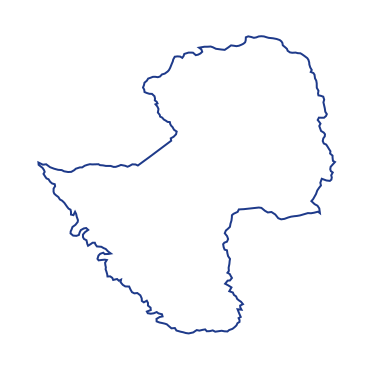 the district of Itapuranga, Goiás, Brazil, rotated 80°
{"feature_id": "56859067B45624667029655", "entity_name": "Itapuranga", "entity_type": "district", "adm_level": 2, "iso_a3": "BRA", "parent_name": "Brazil", "parent_adm1": "Goiás", "projection": "robinson", "projection_center": [-49.942, -15.57], "detail": "fine", "context": "isolated", "style": "outline", "palette": "blue", "viewbox_px": 384, "rotation_deg": 80, "n_neighbors": 0, "source": "geoboundaries", "source_scale": "gbopen_adm2", "svg_char_len": 5117}
<svg xmlns="http://www.w3.org/2000/svg" viewBox="0 0 384 384"><g transform="rotate(80 192 192)"><path d="M233.8,101.7L233.5,98.7L233.6,95.4L233.8,92.7L233.8,89.7L232.9,81.5L233.6,78.5L233.6,75.4L233.3,71.3L235.0,69.7L232.4,69.6L230.3,69.5L227.3,70.8L225.2,73.4L221.7,76.0L220.0,73.9L215.5,70.2L212.3,68.4L209.9,66.1L208.0,63.9L205.2,64.0L201.5,61.9L204.0,57.6L205.0,54.3L204.0,52.6L201.9,51.8L199.7,52.0L197.2,50.0L195.6,51.6L193.6,51.9L191.3,51.1L190.0,49.5L187.3,46.0L185.8,47.8L182.6,47.6L180.6,47.3L178.1,49.3L175.9,48.6L173.8,49.5L170.9,50.6L168.6,51.6L167.1,53.8L164.5,54.4L162.0,53.4L160.3,51.6L158.2,51.0L156.4,51.9L154.3,54.3L149.1,55.2L147.0,53.6L145.3,54.4L142.9,55.7L140.8,54.1L141.3,51.8L141.8,49.1L140.4,46.8L138.7,45.7L136.1,46.8L132.7,46.7L130.6,46.8L126.5,47.0L124.0,45.8L120.9,46.2L119.6,48.5L118.8,50.7L117.0,50.8L114.2,49.9L111.1,51.0L109.0,50.7L106.6,50.3L103.9,50.3L101.5,51.1L97.7,51.0L95.9,51.8L94.4,54.2L92.6,52.9L89.9,53.9L86.8,54.3L84.7,54.1L82.1,54.4L80.2,55.2L77.6,57.6L75.5,59.7L74.2,61.2L73.7,63.6L72.7,65.7L72.3,69.1L71.5,71.3L69.5,73.3L67.6,73.6L66.0,74.8L63.3,77.1L60.9,77.1L59.2,77.8L57.6,79.2L56.0,82.1L54.7,85.5L53.5,89.7L52.6,91.6L51.3,94.1L50.6,96.8L50.4,99.3L50.9,101.9L50.9,104.3L49.6,106.8L48.5,109.6L49.0,112.1L52.0,112.8L53.8,113.7L54.9,115.6L55.5,117.6L56.1,120.3L56.1,122.9L55.3,125.2L54.4,128.1L56.0,131.3L57.7,135.1L56.7,138.6L55.1,143.6L53.1,146.3L52.0,148.3L51.5,152.4L51.1,154.7L51.1,160.0L53.2,158.0L55.7,157.6L57.0,159.6L57.8,162.1L57.9,164.5L55.0,166.8L54.5,168.9L54.1,171.1L54.7,175.6L56.8,176.8L58.2,178.3L56.6,180.1L55.9,182.8L55.8,185.5L58.3,187.5L60.0,188.2L62.3,189.7L66.0,192.0L67.9,193.5L69.1,195.0L70.7,198.3L71.0,201.2L72.7,203.4L73.0,205.7L72.1,208.4L71.8,210.6L72.2,212.5L72.7,215.5L74.6,217.2L76.1,219.8L78.5,220.8L80.6,222.1L82.8,221.3L85.3,221.4L86.6,219.4L87.9,216.9L88.4,214.4L91.2,212.3L93.5,212.2L95.3,212.7L97.0,211.1L98.8,210.6L99.3,212.7L101.7,211.3L104.4,210.6L107.8,211.8L110.3,210.4L112.2,210.3L113.6,208.4L115.7,207.2L117.1,205.5L118.7,203.9L119.3,201.7L121.5,201.6L123.1,201.0L124.7,199.9L127.6,198.9L129.8,196.6L132.4,197.7L134.4,200.5L135.5,203.6L137.9,203.6L150.2,227.9L152.5,232.6L156.5,240.7L155.1,242.8L154.4,246.0L155.5,249.2L155.9,251.1L154.5,253.4L153.0,257.3L153.5,259.4L154.0,262.6L153.7,264.8L152.2,267.6L151.4,272.2L150.3,275.1L149.6,277.9L148.4,279.3L147.5,285.5L146.9,287.7L147.1,290.5L147.5,293.1L148.7,295.9L148.3,298.1L148.9,302.4L150.0,304.1L151.2,307.4L150.8,310.6L149.4,314.4L147.8,316.5L146.9,320.0L145.1,323.8L142.9,327.5L139.4,330.8L139.2,334.1L138.0,335.8L136.3,338.1L138.6,338.3L142.3,335.0L144.8,333.9L146.6,333.6L148.4,335.1L150.1,334.4L151.8,333.7L153.4,332.9L154.5,331.1L157.3,329.9L159.3,328.3L160.5,325.8L162.5,325.8L164.6,327.7L167.7,328.3L169.6,328.0L171.5,326.6L173.7,324.5L176.4,323.4L178.0,321.4L180.5,319.6L185.0,317.5L187.0,316.4L188.3,314.7L190.5,314.6L193.2,315.1L194.2,312.8L191.2,310.6L193.6,309.9L196.4,309.8L199.9,309.2L201.7,309.8L204.1,312.5L205.7,315.8L208.0,317.1L209.7,318.3L211.7,318.8L214.3,316.6L215.1,313.5L214.7,310.9L212.2,309.6L210.2,308.1L209.1,304.9L209.1,302.5L211.3,300.8L213.0,304.4L215.0,306.8L217.5,307.2L219.5,306.5L221.2,304.3L225.1,304.1L226.9,303.7L225.6,300.6L224.7,298.7L225.1,296.5L226.8,296.2L229.1,295.1L230.2,290.8L231.9,288.8L233.1,286.9L236.1,284.9L238.5,282.6L238.5,285.1L238.0,288.8L236.4,289.9L236.9,293.1L238.3,295.1L241.4,296.7L243.1,295.8L243.3,291.9L243.5,289.6L244.2,287.7L246.6,289.9L249.3,290.0L251.2,289.9L253.1,290.5L255.4,290.1L258.3,289.8L260.5,289.9L260.9,287.2L262.7,285.4L264.9,284.9L264.7,280.9L266.7,279.4L266.0,277.1L268.4,278.0L271.4,276.3L273.4,274.1L274.2,270.3L277.4,269.5L280.2,268.5L281.8,266.4L282.0,263.4L284.8,260.8L288.0,260.0L290.6,260.3L292.3,258.6L291.2,255.4L293.6,254.6L296.2,255.1L298.7,252.9L301.1,253.1L301.9,257.2L303.7,256.6L304.7,253.8L304.8,250.8L304.1,247.6L305.7,246.1L307.2,242.8L309.4,242.6L309.5,245.5L310.8,249.0L313.3,249.3L314.8,246.8L315.8,244.3L316.9,241.7L317.9,239.8L320.3,237.9L322.7,235.9L323.0,232.5L325.7,231.4L327.6,227.5L328.6,225.0L329.8,222.6L330.7,219.8L330.5,215.1L329.6,213.2L328.8,211.3L329.8,208.8L329.6,205.6L329.6,202.9L331.7,201.6L332.1,198.7L331.9,195.6L333.6,193.4L333.8,186.9L334.8,184.3L335.5,181.3L334.4,179.4L333.8,175.9L332.5,173.5L331.1,171.4L329.1,170.0L328.2,167.8L326.4,167.4L324.3,168.0L323.5,165.7L320.7,166.4L318.9,166.8L315.4,167.5L316.5,163.7L314.0,164.5L312.2,164.3L311.3,161.3L308.6,162.8L306.9,164.6L305.1,166.1L302.5,166.7L300.6,168.6L298.1,169.2L296.2,172.5L292.8,169.7L290.1,172.7L288.1,175.3L285.5,172.3L285.7,170.0L283.6,167.6L281.2,168.5L279.3,169.1L277.7,171.1L276.1,169.4L273.0,169.1L269.4,167.7L266.5,166.9L264.5,166.2L261.4,167.6L258.4,167.8L255.5,167.7L254.4,169.9L251.9,170.4L248.8,170.4L247.5,168.9L247.0,166.2L244.6,164.6L241.6,165.1L238.3,166.9L235.8,165.3L234.6,163.2L232.9,160.7L229.9,159.6L227.0,158.1L224.1,157.2L221.8,156.7L220.7,154.9L219.5,150.5L217.3,148.9L217.9,143.9L218.9,128.9L219.7,126.4L223.1,123.5L225.3,120.9L225.5,117.2L228.6,113.9L232.8,111.6L234.4,108.9L234.5,105.6L233.8,101.7Z" fill="none" stroke="#1e3a8a" stroke-width="2"/></g></svg>